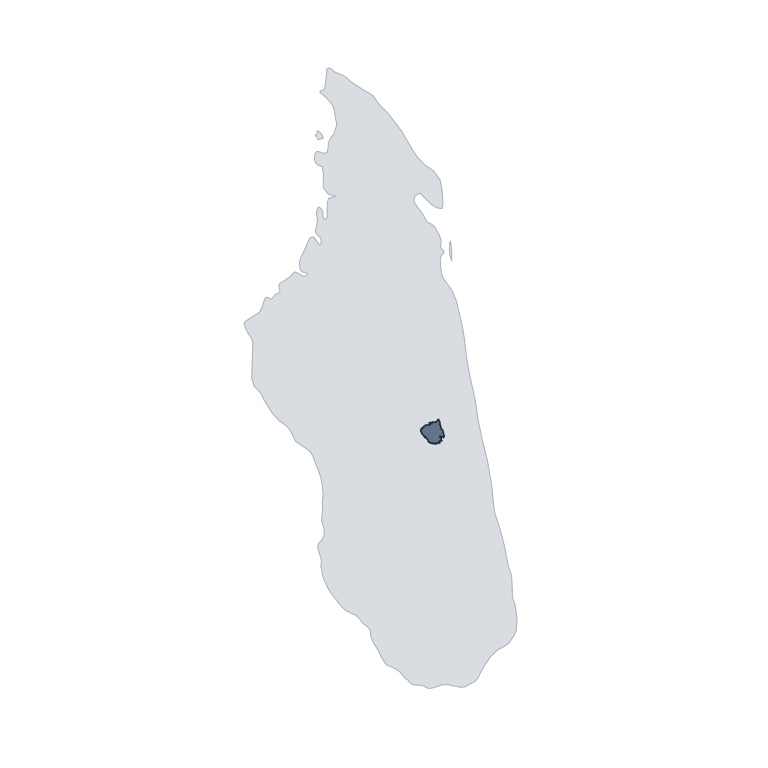 Fandriana, Amoron'i Mania, Madagascar (highlighted), rotated 333°
{"feature_id": "10022922B23434626058692", "entity_name": "Fandriana", "entity_type": "district", "adm_level": 2, "iso_a3": "MDG", "parent_name": "Madagascar", "parent_adm1": "Amoron'i Mania", "projection": "robinson", "projection_center": [47.379, -20.289], "detail": "fine", "context": "in_parent", "style": "filled", "palette": "slate", "viewbox_px": 768, "rotation_deg": 333, "n_neighbors": 0, "source": "geoboundaries", "source_scale": "gbopen_adm2", "svg_char_len": 7565}
<svg xmlns="http://www.w3.org/2000/svg" viewBox="0 0 768 768"><g transform="rotate(333 384 384)"><path d="M489.4,93.4L491.2,98.2L493.3,102.7L499.9,113.8L502.8,118.0L505.2,122.5L506.4,131.5L510.6,145.5L514.5,166.5L515.7,188.1L516.9,198.0L519.9,207.3L525.0,216.9L526.6,227.7L523.4,238.7L518.9,249.2L517.7,251.1L515.6,253.8L514.7,253.7L511.1,251.0L508.1,246.6L504.5,236.2L503.1,230.9L501.6,230.1L497.2,230.6L494.1,233.8L493.5,235.9L494.1,241.8L495.3,247.0L495.8,252.4L495.9,259.1L497.1,261.1L498.8,262.8L500.6,267.2L500.8,277.7L499.7,283.0L496.6,287.5L496.8,290.1L497.9,292.6L496.8,294.2L492.8,296.2L491.1,297.9L488.9,302.5L485.3,312.0L484.8,316.8L487.0,331.5L486.3,341.9L481.7,361.8L479.1,371.2L475.4,382.5L469.7,397.4L464.0,416.1L459.2,435.3L455.7,446.8L451.7,458.2L446.2,478.3L441.5,498.7L434.6,521.2L425.1,546.2L424.1,549.5L422.1,562.3L420.0,573.4L417.4,584.4L412.1,602.5L411.5,608.1L410.3,613.5L405.2,624.9L403.0,629.2L401.5,633.7L400.7,639.4L399.1,644.9L395.4,655.0L389.8,663.7L386.1,666.9L377.9,671.5L373.7,672.4L364.5,672.5L355.6,675.1L346.4,680.2L337.5,686.0L334.1,688.7L330.3,690.3L318.5,690.6L315.0,689.4L303.1,679.9L298.5,678.3L289.9,677.0L287.2,676.2L284.9,675.0L281.3,670.0L274.3,665.8L272.7,664.5L271.6,661.6L270.8,658.5L269.0,655.0L267.6,648.3L265.4,643.7L258.9,635.5L258.2,632.9L257.6,624.2L257.8,618.3L257.1,607.5L257.8,602.4L260.0,597.8L259.1,592.9L256.6,587.7L255.7,582.3L253.9,577.4L247.1,568.6L245.5,564.3L244.4,559.8L241.8,545.7L241.4,540.9L241.7,530.6L242.6,525.2L244.2,521.5L244.6,518.8L245.7,516.4L247.3,514.5L248.3,512.3L250.8,499.1L253.9,496.1L258.7,494.4L262.5,491.0L264.6,486.4L266.7,476.8L272.7,467.2L274.8,462.2L279.6,454.7L283.8,444.0L285.1,439.0L286.0,433.9L287.0,422.6L287.8,417.0L287.6,411.4L285.1,405.7L279.3,395.4L279.1,393.4L279.5,385.7L279.0,380.2L276.8,374.6L274.0,369.4L271.2,359.6L269.8,343.5L270.1,337.6L269.3,332.4L267.3,327.5L268.7,318.8L286.0,287.5L286.6,283.8L285.8,274.3L286.2,268.7L286.8,266.7L288.1,265.5L291.1,264.9L305.3,263.5L307.1,262.6L310.6,259.9L315.5,254.8L317.7,253.3L319.6,253.9L320.9,256.1L322.4,257.3L328.2,254.9L330.4,254.9L332.6,255.3L333.7,253.1L334.3,250.3L335.1,248.3L336.6,247.1L344.0,246.5L348.7,245.7L354.8,243.7L356.1,244.1L361.0,251.3L362.5,251.9L364.4,252.2L366.1,250.9L362.1,247.1L361.5,245.0L361.7,242.6L363.8,237.4L367.4,233.5L375.3,227.5L383.5,220.6L385.9,220.1L388.0,221.2L389.5,229.3L389.3,230.7L390.6,230.9L392.2,229.9L393.5,226.6L393.6,223.8L392.5,221.2L391.9,219.0L391.9,217.0L396.1,212.1L399.4,207.5L400.9,202.0L402.2,199.5L405.7,196.7L406.7,197.1L407.5,199.4L407.9,201.9L407.1,204.3L405.8,206.7L405.3,209.9L407.2,210.6L409.1,209.8L411.8,204.0L414.9,198.5L416.7,195.6L419.0,193.6L422.8,194.0L426.6,195.3L420.5,189.4L419.0,181.5L426.2,167.7L426.3,164.9L427.3,164.0L427.8,162.9L424.1,158.2L423.4,155.9L423.9,152.4L425.7,149.3L427.3,147.2L429.6,146.3L431.4,147.5L435.4,151.3L438.2,151.9L441.4,148.3L444.1,143.7L448.2,140.5L452.8,138.6L459.7,131.4L464.3,116.3L464.7,111.9L463.7,106.6L462.1,101.5L459.4,95.2L460.1,93.8L463.9,94.6L465.2,93.7L469.3,88.1L476.2,77.4L478.4,77.4L480.4,79.4L481.1,82.4L482.4,84.5L487.0,89.6L489.4,93.4ZM441.6,135.8L441.7,137.4L436.4,136.7L435.6,131.0L438.2,130.9L438.8,128.5L440.3,128.2L442.0,133.3L441.6,135.8ZM504.6,296.6L500.2,305.0L501.4,298.0L506.6,288.0L508.1,287.2L504.6,296.6Z" fill="#d9dde1" stroke="#a8b0b8" stroke-width="1"/><path d="M406.5,439.3L406.4,439.7L406.4,440.1L406.3,440.7L406.4,441.1L406.2,441.1L406.0,441.3L405.8,441.3L405.7,441.1L405.6,440.9L405.3,440.8L405.1,440.6L404.8,440.4L404.4,440.4L404.1,440.3L403.8,440.4L403.6,440.4L403.4,440.2L403.2,439.9L403.0,439.7L402.6,439.4L402.3,439.4L402.1,439.6L401.8,439.7L401.7,439.8L401.3,439.9L401.0,439.9L400.4,439.8L400.1,440.3L399.4,440.2L399.2,440.5L399.0,440.8L398.8,440.7L398.3,440.4L398.2,440.4L397.9,440.5L397.8,440.8L397.7,441.0L397.5,440.9L397.3,440.6L397.1,440.6L396.8,441.0L396.7,441.0L395.9,441.5L395.9,441.9L395.8,442.1L395.5,442.4L395.3,442.6L395.5,442.9L395.5,443.5L395.7,443.9L395.7,444.6L395.7,444.8L395.3,444.8L395.2,444.8L395.3,445.6L395.2,445.9L395.3,446.1L395.3,446.3L395.5,446.9L395.8,447.3L395.8,447.6L395.9,448.3L395.9,448.8L395.9,449.2L396.0,449.8L396.3,449.6L396.3,449.4L396.5,449.2L396.7,449.3L396.9,449.4L397.1,449.5L397.1,449.9L397.1,450.1L396.9,450.4L396.9,450.6L397.1,450.8L397.0,451.0L397.0,451.4L397.1,451.6L397.3,451.8L397.5,452.1L397.4,452.3L397.5,452.3L397.5,452.6L397.4,452.7L397.4,452.8L397.5,453.0L397.6,453.4L397.7,453.6L397.7,453.9L397.7,454.0L397.6,454.5L397.6,454.8L397.3,455.4L397.3,455.6L397.3,455.8L397.3,456.0L397.5,456.1L397.7,455.9L397.7,456.0L397.9,456.3L398.1,456.7L398.3,456.9L398.4,457.1L398.6,457.8L399.0,458.3L399.2,458.2L399.5,458.0L399.9,458.3L399.8,458.5L400.0,458.8L400.3,458.8L400.6,458.7L400.6,458.9L400.6,459.0L400.9,459.2L400.8,459.4L400.7,459.6L400.9,459.9L401.2,459.9L401.3,459.8L401.5,459.9L401.6,460.0L401.8,459.9L401.9,459.7L402.1,459.6L402.3,459.6L402.5,459.8L402.6,460.0L402.6,460.6L402.8,460.9L403.0,461.1L403.4,461.2L403.6,461.2L403.8,461.2L404.0,461.2L404.3,460.8L404.3,460.7L404.5,460.7L404.4,460.8L404.5,461.0L405.0,461.1L405.7,461.4L406.0,461.4L406.5,461.7L406.6,461.9L406.8,462.0L407.0,461.9L407.0,461.7L407.1,461.3L407.3,461.1L407.2,461.0L407.3,460.9L407.6,460.7L407.8,460.5L407.7,460.4L407.8,460.4L408.0,460.3L408.1,460.2L408.2,460.3L408.3,460.3L408.4,460.5L408.5,460.5L408.8,460.6L409.0,460.6L409.4,460.8L409.6,461.0L409.8,460.9L409.9,460.7L409.9,460.4L409.8,460.1L409.7,460.0L409.7,459.9L409.5,459.7L409.4,459.7L409.5,459.5L409.5,459.4L409.7,459.2L409.8,459.1L410.0,458.8L410.2,458.7L410.5,458.2L410.4,458.0L410.5,457.9L410.3,457.6L410.2,457.6L409.9,457.6L409.9,457.3L409.9,457.1L409.8,456.9L409.7,456.7L409.8,456.5L409.8,456.3L409.9,456.2L410.0,456.0L410.2,456.3L410.5,456.6L410.6,456.9L410.6,457.0L410.8,457.0L411.0,457.3L411.2,457.2L411.2,457.3L411.3,457.1L411.5,457.0L411.8,457.2L411.9,457.4L412.0,457.5L412.1,457.8L412.2,458.0L412.4,458.0L412.5,458.3L412.6,458.1L412.8,458.2L413.0,458.3L413.2,458.2L413.3,458.2L413.4,458.3L413.5,458.3L413.5,458.2L413.8,458.0L413.9,457.9L413.9,457.7L414.1,457.5L414.1,457.2L414.3,457.1L414.3,456.9L414.4,456.7L414.4,456.4L414.3,456.0L414.3,455.8L414.3,455.7L414.2,455.5L414.2,455.4L414.3,455.1L414.6,454.9L414.7,454.5L414.9,454.4L414.8,454.1L414.8,453.7L415.2,452.9L415.4,452.4L415.5,452.3L415.4,452.1L415.3,451.8L415.2,451.7L415.0,451.4L415.0,451.2L414.8,451.0L414.7,450.8L414.7,450.6L414.8,450.4L414.7,450.1L414.9,449.9L415.1,449.6L415.0,449.3L414.9,449.1L414.7,449.0L414.7,448.9L414.6,448.7L414.8,448.4L414.8,448.1L415.0,447.8L415.1,447.6L415.3,447.4L415.5,447.0L415.5,446.9L415.4,446.6L415.5,446.4L415.4,446.1L415.5,445.9L415.3,445.7L415.2,445.3L415.3,445.3L415.4,445.2L415.5,445.1L415.6,444.9L415.8,444.9L415.9,444.7L416.1,444.4L416.1,444.2L416.4,443.7L416.4,443.4L416.5,443.1L416.4,442.9L416.3,442.7L416.5,442.6L416.4,442.3L416.5,442.2L416.6,441.9L416.4,441.8L416.5,441.5L416.4,441.3L416.4,441.2L416.5,441.1L416.5,440.8L416.4,440.5L416.3,440.4L416.2,440.3L416.3,440.2L416.2,440.1L415.9,440.5L415.2,440.4L415.0,440.5L414.7,440.9L414.5,441.1L414.1,441.2L413.7,441.3L413.1,441.8L412.9,441.8L412.7,441.8L412.5,441.5L412.3,441.1L412.1,440.9L411.7,440.9L410.7,440.3L410.3,440.0L410.0,439.8L409.8,439.8L409.6,440.0L409.4,439.9L409.1,440.0L408.8,440.1L408.6,440.3L408.6,440.5L408.7,440.8L408.4,440.9L408.3,441.0L408.2,440.9L408.2,440.6L408.3,440.5L408.4,440.3L408.4,440.2L408.2,440.1L408.0,439.9L408.0,439.5L408.0,439.4L407.6,439.4L407.5,439.5L407.4,439.5L407.1,439.3L407.0,439.2L406.9,439.1L406.7,439.2L406.5,439.3Z" fill="#64748b" stroke="#1e293b" stroke-width="1.5"/></g></svg>